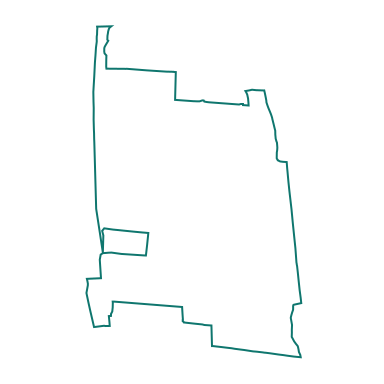 Grivita, Galati, Romania, rotated 179°
{"feature_id": "2599482B77537188283397", "entity_name": "Grivita", "entity_type": "district", "adm_level": 2, "iso_a3": "ROU", "parent_name": "Romania", "parent_adm1": "Galati", "projection": "orthographic", "projection_center": [27.661, 45.694], "detail": "fine", "context": "isolated", "style": "outline", "palette": "teal", "viewbox_px": 384, "rotation_deg": 179, "n_neighbors": 0, "source": "geoboundaries", "source_scale": "gbopen_adm2", "svg_char_len": 2978}
<svg xmlns="http://www.w3.org/2000/svg" viewBox="0 0 384 384"><g transform="rotate(179 192 192)"><path d="M288.9,251.2L288.9,247.0L288.8,242.8L288.1,176.8L284.7,151.8L282.2,133.0L281.4,150.1L282.5,154.7L280.4,157.2L271.6,155.8L266.3,155.2L260.5,154.5L251.2,153.4L243.3,152.5L240.3,152.2L236.4,151.8L236.8,148.2L237.8,139.9L238.8,132.2L239.2,129.3L242.0,129.5L263.7,131.3L273.4,132.8L275.7,132.8L282.2,132.4L284.4,131.0L285.4,125.9L284.5,107.4L298.6,107.0L298.1,104.6L297.7,102.1L297.8,100.4L299.3,92.9L299.0,91.2L297.5,83.4L295.9,75.5L292.3,58.7L291.1,58.8L282.2,59.8L281.1,59.5L276.6,59.5L276.8,63.2L277.3,69.4L275.2,69.5L275.1,71.5L273.8,73.9L273.3,78.0L273.1,82.5L273.2,83.8L272.2,83.8L261.8,82.8L203.9,77.2L203.6,70.0L203.4,66.0L203.3,64.8L203.6,64.2L203.4,63.8L203.5,62.9L202.7,62.4L202.4,61.7L191.6,60.3L184.0,59.4L181.9,58.8L174.9,58.2L174.7,37.6L173.9,37.6L164.8,36.4L159.1,35.6L155.2,35.1L152.1,34.5L146.0,33.6L142.5,33.1L133.9,31.6L130.0,31.2L124.0,30.4L122.4,30.1L121.1,30.0L117.0,29.4L108.3,28.0L103.3,27.3L99.8,26.7L93.2,25.7L86.2,24.9L86.6,27.3L87.9,30.2L88.2,32.5L88.5,34.1L88.8,35.5L89.0,36.1L89.5,36.8L90.7,38.3L92.5,40.9L93.7,43.3L94.8,45.4L94.6,49.6L94.6,52.6L94.3,57.3L95.0,61.7L95.4,64.0L95.4,64.8L94.8,67.1L94.0,69.7L93.0,72.4L92.9,74.1L92.9,75.9L92.7,77.1L92.2,77.5L90.2,77.9L84.7,79.0L85.2,84.3L86.1,92.1L86.9,101.2L87.6,109.5L88.0,113.8L88.2,115.9L88.5,117.6L88.6,118.6L88.8,119.7L89.1,125.3L89.6,134.0L90.6,145.6L91.8,159.8L92.8,172.8L94.6,191.2L95.4,200.4L95.8,205.8L96.1,210.0L96.4,213.8L96.8,220.3L100.5,220.6L103.3,221.0L105.7,222.2L105.7,222.6L106.6,223.8L106.7,224.5L106.5,230.1L106.1,232.4L105.9,234.8L106.0,236.9L106.2,239.9L106.7,241.2L107.4,243.9L107.5,245.5L107.7,247.9L107.7,251.8L108.4,254.8L109.2,258.4L109.8,261.0L110.4,263.6L110.6,264.8L111.1,266.5L111.7,268.4L111.9,268.9L112.7,271.0L113.7,273.5L114.2,274.8L115.1,277.4L116.0,280.3L116.1,282.1L116.6,285.1L117.4,289.4L117.9,291.8L118.0,292.3L119.1,292.3L126.2,292.7L130.2,293.2L132.9,292.6L136.8,292.0L136.1,290.8L135.1,288.5L134.3,284.5L134.0,280.1L133.9,277.5L137.1,277.8L139.5,278.0L139.5,278.6L139.5,279.1L139.8,279.1L142.0,279.1L143.1,278.7L143.9,278.7L146.2,278.9L173.5,281.4L176.2,281.8L177.0,282.0L178.1,282.2L178.7,283.3L180.1,283.4L182.9,282.5L185.9,282.6L189.4,282.8L207.3,284.4L206.1,312.2L208.2,312.4L208.3,312.5L215.6,312.8L235.0,314.4L238.1,314.7L254.8,316.3L255.0,316.3L256.3,316.3L275.4,316.8L275.6,318.7L275.4,326.0L275.2,330.0L277.0,332.1L277.3,333.9L277.2,337.4L276.7,338.8L275.4,341.0L273.1,344.7L273.7,345.3L274.0,345.8L273.9,347.6L273.8,349.6L273.3,352.2L273.0,354.1L272.4,356.1L272.0,357.0L271.5,357.8L269.8,359.1L279.9,359.0L284.0,359.0L283.8,357.6L283.8,357.1L284.0,355.4L284.1,353.1L284.2,351.0L284.5,349.4L284.6,347.3L284.6,344.9L284.6,344.1L284.8,342.7L285.5,338.0L286.1,330.6L286.8,323.2L287.7,309.5L288.9,293.8L288.9,284.0L288.8,277.6L289.1,266.1L289.0,255.9L288.9,252.6L288.9,252.1L288.9,251.2Z" fill="none" stroke="#0f766e" stroke-width="2"/></g></svg>